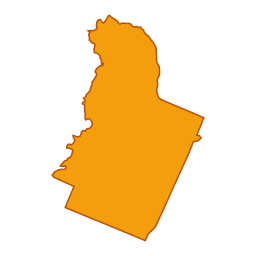 Deodápolis, Mato Grosso do Sul, Brazil (orthographic projection)
{"feature_id": "56859067B9873916097455", "entity_name": "Deodápolis", "entity_type": "district", "adm_level": 2, "iso_a3": "BRA", "parent_name": "Brazil", "parent_adm1": "Mato Grosso do Sul", "projection": "orthographic", "projection_center": [-54.181, -22.14], "detail": "fine", "context": "isolated", "style": "filled", "palette": "amber", "viewbox_px": 256, "rotation_deg": 0, "n_neighbors": 0, "source": "geoboundaries", "source_scale": "gbopen_adm2", "svg_char_len": 2595}
<svg xmlns="http://www.w3.org/2000/svg" viewBox="0 0 256 256"><path d="M140.7,27.1L139.0,27.5L136.9,26.5L134.0,27.1L132.1,25.7L130.6,23.9L128.8,23.4L127.3,23.4L125.1,23.4L123.3,23.1L121.6,23.2L119.9,24.4L118.8,23.4L117.8,21.6L116.2,20.2L114.8,19.3L113.3,18.4L111.9,17.6L110.7,16.6L109.7,15.4L108.2,16.0L107.3,17.9L105.9,19.9L105.0,21.6L103.5,23.1L101.7,21.6L100.8,19.9L99.3,19.5L97.7,20.7L96.7,22.7L96.4,25.0L96.6,26.7L97.1,28.6L95.6,29.3L94.2,30.6L92.2,30.5L90.1,30.6L88.2,30.9L90.2,32.1L89.1,33.3L88.6,34.9L89.3,36.7L89.4,38.4L89.3,40.2L90.7,40.7L91.2,42.5L92.5,43.4L94.2,43.1L94.9,45.1L94.6,47.3L94.0,48.9L94.2,51.0L94.4,52.8L96.1,52.9L98.0,53.9L100.0,55.8L100.0,58.1L101.4,59.6L101.2,61.9L101.7,64.1L103.2,63.4L102.6,65.5L100.4,65.7L98.6,66.8L97.0,68.5L95.7,70.1L95.2,71.9L96.3,73.1L96.5,75.4L95.6,76.9L94.1,79.5L92.3,81.6L92.1,83.4L92.0,85.0L91.1,86.5L90.5,88.6L90.0,90.4L89.2,91.7L87.8,93.3L86.3,94.4L85.8,96.7L83.5,98.4L84.8,100.1L85.0,101.9L82.9,102.1L82.3,103.8L84.6,104.8L84.4,107.0L84.9,108.9L84.5,111.3L85.2,113.2L85.2,114.8L85.1,116.8L85.1,118.6L86.1,120.0L87.3,118.9L88.9,118.9L90.6,120.0L91.6,121.6L92.4,123.5L91.9,125.5L90.5,127.6L89.0,128.5L87.4,128.7L86.2,129.4L85.3,131.2L83.1,130.5L81.5,131.8L81.1,134.0L80.1,136.2L78.6,136.6L76.4,136.7L74.5,135.8L73.1,135.4L73.3,137.4L74.2,139.3L75.0,140.9L73.8,142.7L72.4,144.1L71.1,144.8L69.5,144.1L68.1,144.5L66.7,146.3L66.9,148.3L69.2,148.0L70.7,148.9L73.1,150.1L72.2,152.3L71.9,154.5L70.6,156.8L69.1,157.9L67.7,158.3L67.0,160.1L64.6,161.0L63.2,162.4L61.4,164.4L60.4,166.0L62.4,166.4L65.5,166.0L65.9,168.1L64.9,169.2L63.5,169.6L61.6,169.2L59.4,169.8L57.8,170.0L56.6,171.1L54.7,171.7L53.5,173.6L52.1,175.0L53.8,177.3L74.0,186.4L66.5,204.3L65.2,207.6L93.0,219.0L109.2,225.6L145.3,240.6L145.8,239.0L146.6,237.8L147.7,235.0L149.0,233.0L150.9,231.4L152.7,229.6L154.1,228.2L155.5,226.7L160.0,216.8L164.7,206.6L168.5,198.2L169.2,196.5L174.2,185.4L175.4,183.0L176.5,180.4L178.9,175.0L183.6,164.8L188.3,154.4L189.9,150.5L191.7,146.2L192.5,143.7L193.8,141.5L196.5,141.3L198.1,140.7L199.6,139.4L201.2,137.9L199.3,135.7L196.8,135.2L201.2,124.4L202.8,120.2L203.9,117.8L195.0,113.9L178.3,106.9L161.4,99.7L158.5,97.5L157.8,95.2L157.2,93.3L156.6,90.6L157.0,88.4L157.4,86.2L157.8,83.7L157.3,81.8L157.4,79.5L158.3,77.3L159.3,75.5L159.5,73.9L159.6,71.3L159.1,66.3L157.4,63.3L156.9,61.9L156.4,60.3L156.7,58.7L156.6,57.1L156.6,55.6L156.3,52.5L156.3,50.3L155.9,47.7L155.4,46.2L154.5,44.8L153.8,43.1L152.7,41.8L151.4,40.4L149.6,37.7L148.5,36.1L146.7,35.0L144.1,32.1L143.5,29.8L142.1,29.3L140.7,27.1Z" fill="#f59e0b" stroke="#b45309" stroke-width="1.5"/></svg>